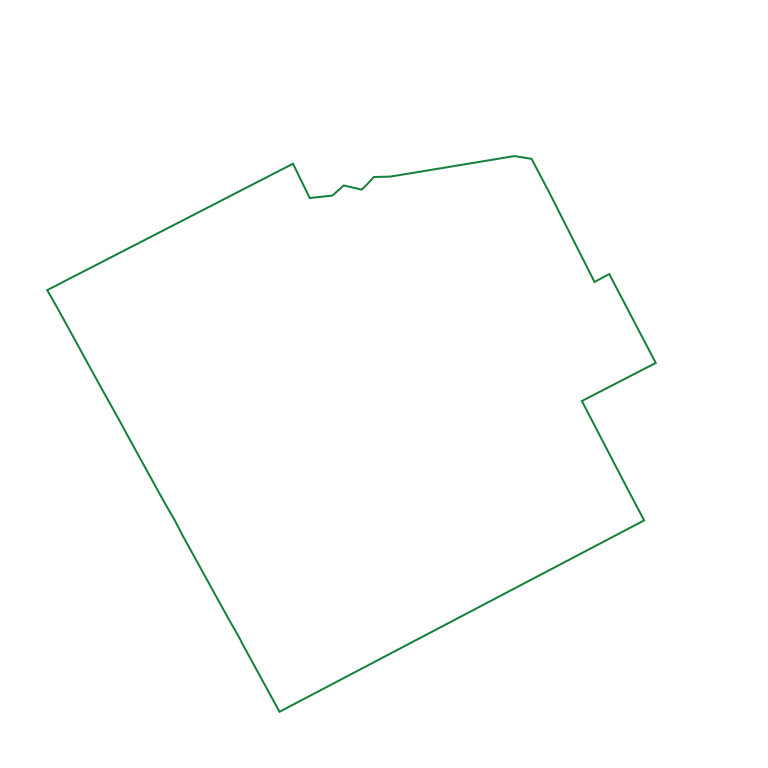 the district of Columbia, Arkansas, United States of America, rotated 61°
{"feature_id": "52423323B4555775587710", "entity_name": "Columbia", "entity_type": "district", "adm_level": 2, "iso_a3": "USA", "parent_name": "United States of America", "parent_adm1": "Arkansas", "projection": "robinson", "projection_center": [-93.258, 33.236], "detail": "fine", "context": "isolated", "style": "outline", "palette": "green", "viewbox_px": 768, "rotation_deg": 61, "n_neighbors": 0, "source": "geoboundaries", "source_scale": "gbopen_adm2", "svg_char_len": 609}
<svg xmlns="http://www.w3.org/2000/svg" viewBox="0 0 768 768"><g transform="rotate(61 384 384)"><path d="M629.4,222.6L595.4,221.9L494.8,219.2L497.3,136.1L397.0,133.7L396.8,150.4L295.8,146.6L258.6,145.8L247.9,159.4L205.6,278.1L198.0,292.5L200.8,300.8L203.2,309.3L190.8,323.0L194.2,337.8L185.3,358.8L147.2,356.8L138.6,633.0L139.5,633.0L161.0,632.8L247.3,633.2L282.6,633.1L313.3,633.3L313.5,633.3L380.2,633.5L402.2,633.1L419.8,633.6L461.1,633.7L494.3,633.8L511.8,633.8L512.3,633.8L531.0,633.6L538.9,633.6L541.3,633.8L620.0,634.3L622.1,542.4L629.4,222.6Z" fill="none" stroke="#15803d" stroke-width="2"/></g></svg>